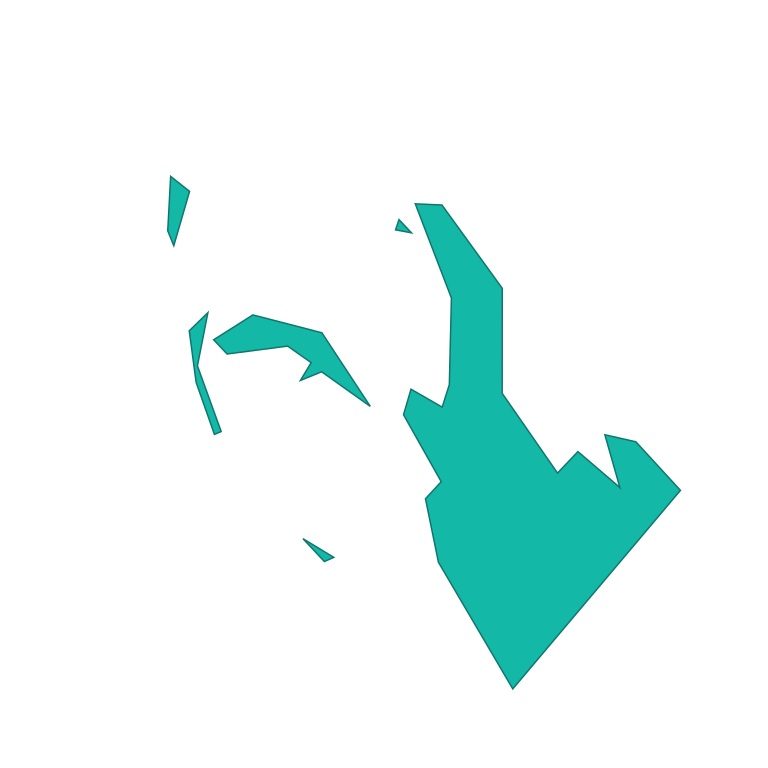 Papua New Guinea, orthographic projection, rotated 221°
{"feature_id": "PNG", "entity_name": "Papua New Guinea", "entity_type": "country or territory", "adm_level": 0, "iso_a3": "PNG", "parent_name": "Oceania", "parent_adm1": "", "projection": "orthographic", "projection_center": [148.76, -6.492], "detail": "coarse", "context": "isolated", "style": "filled", "palette": "teal", "viewbox_px": 768, "rotation_deg": 221, "n_neighbors": 0, "source": "natural_earth", "source_scale": "50m", "svg_char_len": 773}
<svg xmlns="http://www.w3.org/2000/svg" viewBox="0 0 768 768"><g transform="rotate(221 384 384)"><path d="M90.5,498.2L86.8,238.4L226.0,285.2L277.4,324.6L276.7,347.8L349.1,373.6L360.2,397.8L324.9,404.7L334.3,426.4L389.5,493.1L478.6,540.5L457.7,557.1L357.5,533.8L288.7,454.5L194.6,430.6L193.3,460.2L138.0,460.6L184.0,490.6L156.0,505.6L90.5,498.2ZM522.1,303.7L541.6,305.6L528.3,350.1L464.5,381.9L379.7,358.1L439.1,352.3L449.4,331.9L453.0,352.3L481.6,349.4L522.1,303.7ZM681.2,400.7L657.1,401.8L633.4,350.5L647.7,357.7L681.2,400.7ZM563.7,322.3L536.7,275.3L475.7,241.3L478.9,234.7L526.9,262.0L565.9,296.4L563.7,322.3ZM312.5,210.9L343.7,214.1L308.2,220.2L312.5,210.9ZM462.5,516.1L476.4,507.9L480.5,517.9L462.5,516.1Z" fill="#14b8a6" stroke="#0f766e" stroke-width="1.5"/></g></svg>